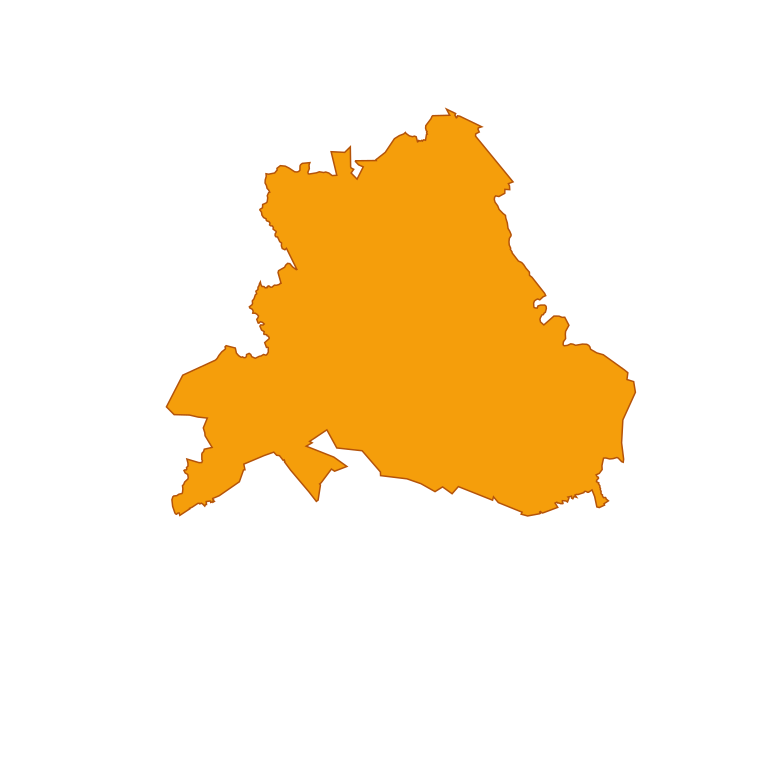 Buenavista de Cuéllar, Guerrero, Mexico (Natural Earth projection), rotated 139°
{"feature_id": "50627088B77464015235470", "entity_name": "Buenavista de Cuéllar", "entity_type": "district", "adm_level": 2, "iso_a3": "MEX", "parent_name": "Mexico", "parent_adm1": "Guerrero", "projection": "natural_earth1", "projection_center": [-99.405, 18.469], "detail": "fine", "context": "isolated", "style": "filled", "palette": "amber", "viewbox_px": 768, "rotation_deg": 139, "n_neighbors": 0, "source": "geoboundaries", "source_scale": "gbopen_adm2", "svg_char_len": 6171}
<svg xmlns="http://www.w3.org/2000/svg" viewBox="0 0 768 768"><g transform="rotate(139 384 384)"><path d="M624.3,418.8L612.4,417.2L612.3,417.7L609.6,416.9L602.7,416.0L601.4,414.8L601.6,414.3L600.0,413.8L599.6,412.6L599.4,409.4L597.8,410.1L597.0,409.5L595.3,411.9L592.2,409.9L591.8,409.5L592.5,408.3L590.5,407.5L590.7,407.0L589.0,406.7L589.2,408.4L588.7,408.5L588.9,409.1L588.4,410.0L581.7,407.8L557.3,405.1L546.4,411.3L545.2,410.5L542.4,415.5L521.6,408.7L511.9,404.9L511.8,400.7L509.9,398.5L510.2,392.6L509.1,392.3L509.6,390.6L510.2,390.5L511.0,380.2L511.4,351.8L512.1,339.8L509.9,339.6L498.2,349.5L498.2,350.8L496.3,350.7L479.5,354.3L478.5,350.6L466.1,346.1L469.8,361.7L483.5,388.1L476.8,386.8L477.8,389.5L457.2,386.9L461.6,366.7L444.3,348.0L444.4,320.0L446.7,317.1L428.9,297.4L421.5,284.5L416.1,269.3L407.3,267.9L404.6,256.5L395.2,257.8L378.3,225.1L375.4,227.0L375.5,219.5L363.9,196.7L365.9,195.8L362.2,190.2L351.7,184.0L350.9,183.8L350.6,185.2L349.7,185.2L349.2,182.8L348.0,182.2L333.8,176.9L333.0,181.9L331.1,181.4L330.9,180.0L330.3,179.8L329.2,177.8L327.6,176.4L327.0,176.6L326.9,177.9L325.9,178.9L323.5,176.5L322.9,174.6L319.2,176.6L319.3,178.0L316.1,176.3L317.3,174.8L316.8,173.5L314.3,174.4L313.0,172.2L312.7,174.9L311.1,174.4L310.1,173.3L304.4,170.9L303.2,171.4L302.1,170.6L301.4,168.7L300.6,168.1L296.5,167.6L298.9,160.8L304.0,151.6L302.6,149.5L297.0,147.9L296.5,149.3L291.3,148.6L291.8,151.6L291.3,152.3L291.4,153.2L292.9,154.2L292.5,156.4L291.9,157.0L292.2,158.3L291.9,159.2L290.6,160.5L290.0,162.5L289.1,163.2L288.9,164.5L287.9,165.4L287.6,168.1L286.8,168.4L287.7,170.9L286.7,171.8L284.0,172.1L283.4,173.0L284.0,174.3L283.5,176.3L280.2,175.3L275.5,176.3L273.1,179.4L267.0,184.0L266.6,183.8L265.0,182.5L262.9,179.4L260.1,177.4L256.4,175.7L255.8,174.3L255.6,169.5L254.8,168.0L252.5,170.0L243.3,183.7L227.3,200.2L199.7,212.8L194.0,222.0L197.7,228.0L192.6,232.5L193.3,236.8L199.3,262.2L203.0,267.9L205.3,274.6L204.2,277.2L204.2,279.0L204.9,280.9L208.0,283.9L214.0,287.5L215.2,290.0L216.7,291.8L220.2,292.8L222.9,294.6L223.1,295.6L222.7,296.6L220.8,298.2L217.2,299.1L214.5,302.6L212.4,304.6L205.9,307.0L203.8,315.8L205.9,317.5L207.4,320.4L211.2,323.8L224.6,323.7L225.2,328.1L223.9,330.5L222.5,331.4L219.5,332.5L218.1,331.8L216.9,332.4L215.1,332.3L211.9,334.5L210.7,336.3L210.9,338.1L214.0,340.8L216.5,341.9L218.6,340.8L219.9,342.1L220.5,343.2L220.1,344.2L218.0,346.9L215.9,348.0L213.7,347.8L212.2,347.3L211.2,345.3L206.6,345.4L204.0,344.6L203.3,347.0L202.3,367.4L202.9,370.5L200.9,373.0L200.9,378.2L200.3,382.5L200.4,385.3L201.9,388.7L201.3,398.9L200.7,399.7L200.3,402.7L199.3,403.4L198.3,406.7L196.4,409.3L193.8,411.7L190.9,412.5L190.0,413.5L188.9,416.8L188.3,420.1L185.3,424.6L183.2,429.4L181.7,431.6L182.3,434.7L182.6,440.2L181.3,443.9L180.9,448.4L179.7,450.9L178.0,452.4L176.3,452.7L174.3,450.1L167.7,448.7L165.1,451.6L161.6,448.2L159.3,451.2L158.7,453.6L154.0,451.9L152.3,511.0L150.7,512.6L146.8,511.7L145.9,514.7L144.7,515.4L141.5,514.0L151.1,536.4L152.6,538.2L154.3,537.3L154.8,537.5L154.1,540.4L152.5,541.1L156.5,550.5L158.1,543.7L171.2,554.5L172.2,554.5L174.5,553.4L182.9,551.6L184.8,549.8L185.9,547.4L185.8,546.3L187.0,545.7L187.4,544.2L188.2,544.5L192.8,540.7L193.8,542.2L195.7,542.2L195.6,543.1L197.0,543.4L198.1,545.0L198.7,544.4L199.8,544.8L197.5,549.5L198.4,551.1L200.3,552.0L202.1,554.7L203.0,558.8L202.8,559.8L205.1,559.8L209.5,561.4L215.2,562.3L231.1,558.0L242.9,558.6L243.2,557.7L259.0,571.1L259.6,570.7L259.4,566.1L257.2,561.5L269.9,556.3L270.4,564.8L266.0,565.9L267.1,568.7L266.7,569.8L253.8,585.1L261.7,584.6L271.5,594.0L282.7,572.5L286.4,575.3L287.2,579.4L288.9,582.2L290.8,583.2L293.6,586.6L296.5,587.7L302.6,591.5L303.2,592.3L302.5,593.8L299.1,595.5L296.9,598.5L294.7,599.7L300.9,604.1L303.1,604.2L304.3,603.7L307.2,600.5L309.0,600.4L310.5,601.0L312.2,602.8L314.0,609.3L315.6,613.2L319.0,616.8L323.3,617.0L324.3,615.6L328.1,615.0L333.5,618.1L335.1,620.1L336.6,618.0L339.7,616.0L341.9,613.7L342.5,611.0L343.9,608.3L343.8,606.3L344.4,603.7L345.6,604.1L348.6,602.7L349.6,600.8L352.7,598.1L354.4,598.0L357.8,599.1L360.1,596.7L362.8,597.2L363.5,596.9L363.7,594.2L365.3,591.6L365.7,588.6L364.6,586.1L365.4,584.9L365.4,583.9L364.3,582.1L364.5,580.2L366.0,579.2L365.8,577.9L364.6,576.5L364.8,574.8L366.1,573.7L365.3,569.9L365.8,569.3L367.7,568.7L368.9,567.3L369.0,566.0L367.9,564.8L369.3,559.8L368.8,557.7L370.8,555.6L371.9,553.0L370.7,550.3L368.6,550.4L374.6,527.6L375.2,527.9L376.2,532.4L376.1,536.6L377.6,538.3L380.3,538.2L382.4,537.3L389.2,538.7L390.9,537.6L395.6,527.6L396.4,528.1L397.3,527.7L400.3,529.0L401.9,530.5L405.1,530.6L406.1,531.5L406.5,533.5L407.1,534.0L407.6,533.6L408.4,534.0L409.0,533.4L410.6,534.5L410.6,536.2L412.1,537.7L411.6,540.0L410.4,542.1L412.4,541.3L413.4,540.4L415.6,539.7L417.2,538.0L419.8,538.1L420.9,535.6L422.6,535.7L426.2,533.6L428.9,533.1L430.3,531.1L431.5,530.4L435.0,530.6L435.4,529.2L434.5,527.3L434.6,525.8L435.0,524.8L436.6,523.6L434.7,521.8L434.1,519.7L434.1,517.7L435.6,516.7L437.6,516.3L439.0,512.6L438.5,512.0L436.4,512.1L435.3,510.3L435.0,507.9L436.6,507.9L438.4,509.5L439.7,509.1L441.0,505.1L440.1,502.1L441.4,501.2L442.0,500.2L440.2,498.2L440.6,497.2L440.0,495.9L440.3,494.2L440.9,493.6L446.9,493.5L448.7,488.7L447.7,488.1L447.5,487.4L450.5,483.9L453.0,483.1L454.2,483.2L455.5,485.3L458.4,485.8L459.9,486.7L464.3,487.9L465.9,491.4L465.2,493.8L465.7,495.6L468.4,496.4L469.8,495.1L471.1,494.8L472.4,495.7L473.0,497.3L474.3,497.9L475.1,500.8L475.1,504.2L472.6,508.7L478.0,516.5L479.7,516.3L480.0,515.1L481.1,514.5L485.4,514.7L489.8,513.9L493.1,512.8L495.5,512.6L530.1,522.7L563.2,509.5L562.5,498.6L551.2,488.2L546.0,481.0L539.7,474.2L549.2,469.4L551.2,464.8L553.0,462.3L555.3,448.9L562.4,452.7L564.4,451.4L566.6,451.2L567.6,450.5L571.1,446.4L571.3,445.2L573.1,444.3L575.2,446.0L582.0,456.7L583.8,453.0L585.7,450.7L587.9,450.5L588.7,449.1L589.5,448.9L590.8,449.9L591.7,450.0L592.4,447.3L591.5,444.5L593.0,442.0L594.2,441.0L598.8,440.8L601.1,439.6L602.8,439.5L604.6,436.8L607.3,434.3L608.3,433.9L611.1,435.4L613.7,435.7L616.1,437.4L617.4,437.4L620.0,435.8L623.8,430.3L626.4,423.9L626.5,422.7L626.0,421.8L624.3,421.8L623.2,421.1L624.3,418.8Z" fill="#f59e0b" stroke="#b45309" stroke-width="1.5"/></g></svg>